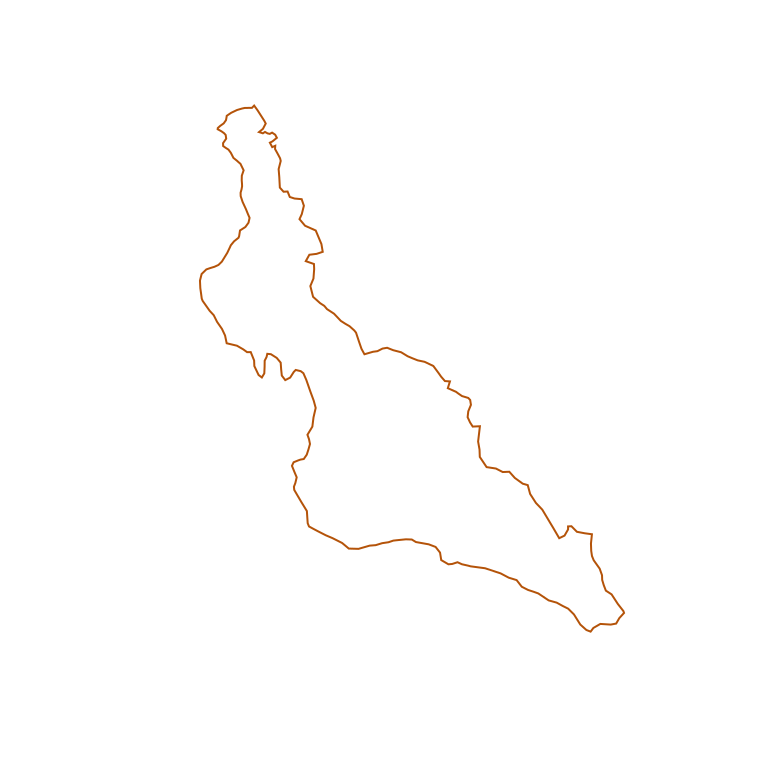 Tochni, Larnaca, Cyprus, rotated 158°
{"feature_id": "46923920B66389715069900", "entity_name": "Tochni", "entity_type": "district", "adm_level": 2, "iso_a3": "CYP", "parent_name": "Cyprus", "parent_adm1": "Larnaca", "projection": "mercator", "projection_center": [33.321, 34.765], "detail": "fine", "context": "isolated", "style": "outline", "palette": "amber", "viewbox_px": 768, "rotation_deg": 158, "n_neighbors": 0, "source": "geoboundaries", "source_scale": "gbopen_adm2", "svg_char_len": 3562}
<svg xmlns="http://www.w3.org/2000/svg" viewBox="0 0 768 768"><g transform="rotate(158 384 384)"><path d="M400.1,690.8L403.0,689.5L409.6,692.1L412.5,692.6L417.7,693.1L424.1,692.7L429.3,691.6L430.7,689.3L431.7,687.8L435.0,685.7L439.1,684.7L442.2,683.6L442.8,682.5L442.4,682.1L440.0,679.1L438.3,676.4L437.5,674.2L438.4,670.6L443.0,667.6L444.0,664.9L442.2,662.1L440.4,659.6L439.4,655.7L438.9,650.0L436.7,646.1L435.8,644.2L434.6,641.9L434.5,640.3L434.1,634.7L437.8,630.4L439.6,626.2L440.7,622.7L441.5,620.5L443.2,617.8L445.3,615.1L446.5,611.9L446.9,605.8L446.5,597.7L446.5,592.5L446.4,588.4L449.2,584.3L453.7,581.5L460.0,580.3L462.9,575.4L464.1,574.1L469.5,572.5L474.1,570.0L475.3,568.8L480.2,564.3L488.5,558.2L492.9,556.4L497.3,556.2L501.8,556.6L505.8,556.8L511.9,554.3L515.9,548.8L518.4,541.7L519.7,536.5L521.0,531.4L521.0,529.0L518.2,517.1L516.1,511.6L515.5,504.2L513.6,495.8L513.2,488.5L514.6,480.7L506.0,474.6L501.5,468.8L499.0,464.8L495.6,463.5L495.6,454.5L497.5,449.2L496.9,439.3L494.8,435.8L491.0,438.7L488.3,444.6L485.9,450.3L482.8,453.0L480.9,455.7L477.7,454.0L473.7,448.4L471.8,442.5L473.9,436.0L475.6,430.1L474.1,424.6L468.6,425.1L463.1,429.0L460.6,430.1L456.4,427.1L454.7,424.2L454.5,416.9L455.1,404.7L455.4,394.9L456.3,387.4L461.9,379.4L466.4,371.3L474.0,365.6L474.2,361.0L475.1,356.1L478.5,351.7L482.1,347.4L486.5,344.5L489.8,345.2L492.2,345.3L497.1,345.3L500.0,342.6L500.0,335.9L499.9,330.2L503.3,325.4L506.0,322.5L506.9,319.4L504.9,305.8L503.1,295.1L505.4,288.1L506.9,283.5L506.9,280.0L503.7,276.1L500.5,272.3L494.6,265.5L489.5,260.4L482.4,252.3L479.4,246.7L478.3,244.6L469.4,240.7L457.8,239.5L452.1,237.7L445.3,237.1L439.1,235.6L434.0,235.3L430.8,234.4L421.9,231.8L416.5,229.4L413.6,225.5L402.6,218.6L397.2,213.6L395.2,206.7L396.9,199.3L391.8,192.7L388.2,191.6L382.6,191.2L379.3,187.7L374.1,184.1L372.0,182.5L359.3,175.3L346.8,164.7L340.9,157.7L334.5,152.5L332.2,144.4L327.6,139.1L323.2,135.4L319.4,132.0L312.4,121.7L305.8,116.6L301.4,111.2L297.4,106.7L294.2,99.2L292.1,87.4L288.5,80.1L285.2,77.0L281.2,79.4L273.3,80.5L263.9,76.0L258.5,74.9L253.5,78.8L247.2,81.8L247.1,83.8L249.6,92.5L251.8,103.7L255.7,109.3L255.6,115.2L255.1,120.6L253.5,125.0L253.2,132.0L255.6,142.0L255.6,146.6L254.4,151.6L251.9,158.5L247.5,166.8L253.8,170.4L260.5,174.7L263.5,181.9L266.7,183.0L267.8,180.2L273.4,175.8L279.3,175.4L281.0,187.1L284.3,208.2L287.7,216.8L289.7,227.3L288.6,236.4L292.7,239.6L297.9,247.9L300.7,255.7L306.9,257.9L311.9,263.7L320.0,268.5L322.5,280.5L320.0,287.4L318.3,295.4L310.9,308.9L317.7,311.3L318.6,316.1L318.9,321.9L316.1,327.1L311.2,332.1L310.1,336.9L311.1,339.5L316.2,343.6L318.9,347.7L320.1,349.7L326.4,356.2L321.9,361.7L326.4,363.9L328.3,369.4L329.3,373.7L331.5,382.2L336.5,387.7L338.1,389.4L343.9,393.3L347.9,397.1L351.7,400.9L356.2,407.0L359.3,409.3L362.8,411.9L367.5,416.4L372.1,417.4L377.8,416.9L382.1,418.0L391.0,418.9L391.7,425.1L391.3,432.7L390.7,442.1L391.5,444.8L394.3,450.5L397.2,454.2L400.4,458.7L404.0,467.9L408.8,474.8L410.1,478.8L412.9,482.8L417.1,491.4L415.6,502.4L409.9,508.2L405.7,516.7L404.0,521.5L410.5,527.2L404.8,531.8L397.7,529.9L391.3,529.5L389.6,537.2L389.8,551.9L397.9,560.3L400.6,568.5L396.6,572.3L391.5,579.3L391.1,586.2L397.5,589.5L401.3,592.7L401.3,598.6L405.1,599.9L407.0,605.1L403.6,615.0L401.2,622.7L396.2,629.5L395.8,632.2L396.4,637.9L397.0,642.7L395.6,645.6L398.9,645.5L399.4,650.5L396.7,650.7L391.1,652.4L391.5,655.9L393.6,659.0L396.2,658.7L398.1,660.0L399.9,662.3L402.4,661.8L405.5,664.4L400.7,665.9L396.1,669.8L396.4,672.9L398.7,685.1L400.1,690.8Z" fill="none" stroke="#b45309" stroke-width="2"/></g></svg>